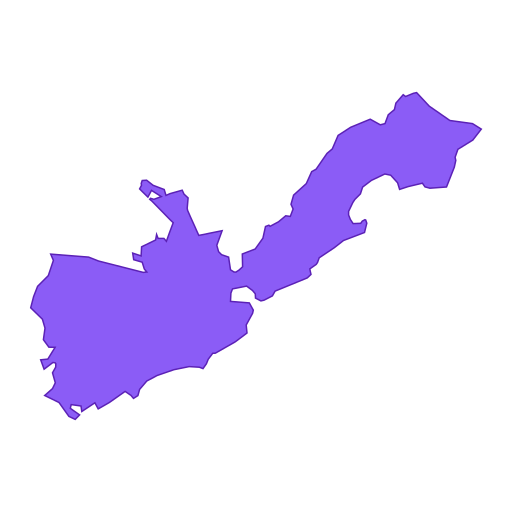 Charleston, South Carolina, United States of America
{"feature_id": "52423323B18388852349045", "entity_name": "Charleston", "entity_type": "district", "adm_level": 2, "iso_a3": "USA", "parent_name": "United States of America", "parent_adm1": "South Carolina", "projection": "robinson", "projection_center": [-79.938, 32.854], "detail": "fine", "context": "isolated", "style": "filled", "palette": "violet", "viewbox_px": 512, "rotation_deg": 0, "n_neighbors": 0, "source": "geoboundaries", "source_scale": "gbopen_adm2", "svg_char_len": 2576}
<svg xmlns="http://www.w3.org/2000/svg" viewBox="0 0 512 512"><path d="M50.7,254.1L53.4,260.4L48.3,275.6L37.6,286.3L33.6,296.6L30.7,307.8L42.4,319.2L45.0,328.1L43.4,339.7L48.9,347.2L55.1,347.3L47.8,359.1L40.7,359.8L44.1,369.2L52.9,362.5L55.1,362.8L55.8,363.7L55.7,367.1L52.5,372.8L55.3,382.8L52.5,388.6L44.7,395.5L59.0,402.5L68.9,416.4L75.2,419.4L79.6,414.9L70.3,408.3L71.2,404.6L81.0,406.0L81.8,411.5L94.9,402.8L98.2,408.9L108.3,403.1L109.5,402.4L125.1,391.4L129.8,394.6L130.9,395.3L133.5,398.4L137.9,395.6L139.6,389.4L146.8,381.0L157.1,375.5L173.9,369.7L189.1,366.6L199.3,367.2L203.0,368.6L206.4,363.8L208.2,359.3L212.7,353.3L215.3,353.2L235.3,341.8L247.0,333.0L246.2,325.0L252.6,313.3L253.3,310.1L249.3,302.9L241.9,302.3L230.5,301.4L230.7,297.4L230.9,293.1L232.5,288.9L246.6,286.1L249.3,288.1L252.5,290.5L255.2,293.7L255.3,294.4L255.5,298.1L260.9,300.9L264.0,300.2L272.4,295.9L275.1,291.1L307.3,277.9L311.0,274.4L310.3,271.4L309.8,268.9L316.2,264.4L317.5,262.5L319.2,257.8L334.3,247.7L343.5,240.5L364.5,232.5L366.8,223.2L365.7,220.0L364.9,219.7L362.3,221.1L360.7,223.3L353.1,223.6L350.4,219.5L348.6,215.0L348.6,211.4L352.8,202.6L354.9,199.4L360.4,193.9L362.6,187.1L371.4,180.4L384.8,174.0L390.7,175.2L397.6,182.8L399.6,189.4L408.1,186.6L422.4,183.2L425.0,186.9L429.9,188.2L446.5,187.0L454.3,167.2L455.8,160.4L455.1,157.3L457.9,149.3L472.4,140.3L472.7,140.2L481.3,129.1L472.5,123.6L449.9,120.5L429.3,106.2L416.6,92.6L413.4,93.3L405.6,96.5L403.2,94.7L395.9,103.1L394.4,109.6L388.3,114.7L385.0,123.6L380.3,124.8L370.2,119.2L350.6,127.3L338.1,135.4L332.3,148.9L327.0,153.4L316.1,169.2L311.7,171.6L306.3,183.6L293.6,195.1L291.0,204.3L293.1,209.0L290.3,216.4L285.7,215.8L278.5,221.8L270.1,226.3L268.9,225.2L265.5,226.5L262.9,238.2L255.2,249.0L242.3,254.0L242.6,266.8L239.0,270.1L235.9,272.1L234.0,272.0L230.5,269.8L228.6,257.1L221.6,254.7L218.6,251.7L216.8,245.3L222.1,230.7L208.7,233.4L205.5,234.1L198.8,235.4L196.7,230.8L194.5,225.8L194.4,225.6L190.4,216.8L189.4,214.5L187.6,210.4L187.2,208.3L188.1,197.9L184.0,194.1L182.2,190.2L170.1,193.6L166.0,195.4L164.2,189.5L153.1,185.3L146.6,180.2L142.2,180.5L141.2,183.5L141.5,185.3L139.6,188.9L142.5,191.8L147.9,197.1L151.5,190.4L161.3,196.6L153.9,199.3L150.8,198.4L150.6,198.8L150.3,198.5L149.7,199.3L151.8,201.0L165.0,214.5L169.3,218.9L170.9,220.5L173.2,222.7L169.4,232.9L166.4,241.3L163.9,238.4L158.1,238.4L156.6,234.5L155.6,240.0L141.6,246.8L141.1,255.9L132.7,253.1L133.7,259.7L142.2,262.2L144.3,269.0L146.8,272.0L143.3,272.4L98.5,261.0L92.2,258.5L88.6,257.1L50.7,254.1Z" fill="#8b5cf6" stroke="#5b21b6" stroke-width="1.5"/></svg>